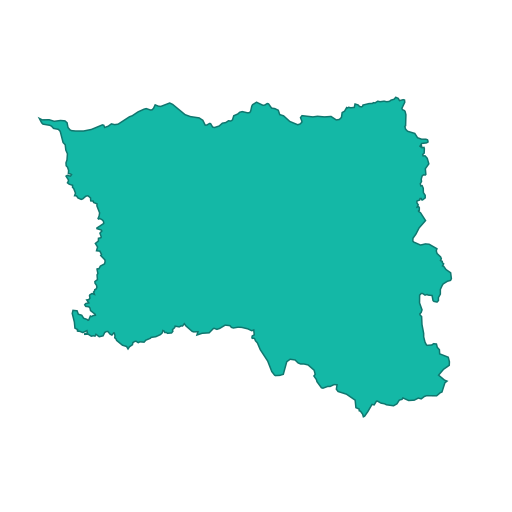 Miarinarivo, Itasy, Madagascar, rotated 348°
{"feature_id": "10022922B79563685419763", "entity_name": "Miarinarivo", "entity_type": "district", "adm_level": 2, "iso_a3": "MDG", "parent_name": "Madagascar", "parent_adm1": "Itasy", "projection": "mercator", "projection_center": [46.919, -18.928], "detail": "fine", "context": "isolated", "style": "filled", "palette": "teal", "viewbox_px": 512, "rotation_deg": 348, "n_neighbors": 0, "source": "geoboundaries", "source_scale": "gbopen_adm2", "svg_char_len": 6023}
<svg xmlns="http://www.w3.org/2000/svg" viewBox="0 0 512 512"><g transform="rotate(348 256 256)"><path d="M387.9,430.1L391.5,428.4L393.8,428.1L403.6,430.3L407.9,428.0L409.6,427.7L414.4,419.3L416.8,418.1L414.5,416.5L409.8,410.5L415.9,405.8L422.3,403.1L423.2,399.7L423.0,395.0L415.3,389.9L415.9,385.8L414.3,383.0L414.2,379.6L411.5,378.7L409.4,379.6L405.0,379.0L404.3,378.6L403.4,375.4L403.2,370.0L403.9,366.6L404.1,357.5L405.4,349.7L404.1,347.5L404.3,346.6L405.8,345.6L407.2,343.2L406.2,335.9L407.9,328.3L409.8,327.0L411.3,327.4L413.2,329.4L415.3,329.2L416.2,330.0L420.0,331.2L419.9,336.4L420.6,337.4L423.5,338.7L425.2,337.5L425.8,334.6L428.4,331.6L429.4,327.0L432.0,323.5L433.3,322.2L438.0,320.5L441.2,320.3L442.4,318.8L442.9,312.9L439.0,308.7L437.4,305.0L436.4,304.4L437.9,302.7L436.8,301.2L437.1,300.0L435.5,298.8L436.7,297.2L436.4,295.3L433.6,291.2L433.4,288.4L434.5,286.5L427.8,280.5L424.2,279.4L419.2,279.5L413.1,275.1L412.5,274.0L413.2,271.3L417.0,267.8L421.4,262.4L429.2,256.6L425.9,247.9L424.3,246.1L424.4,245.5L425.2,245.3L425.8,242.7L425.3,241.5L423.8,241.7L425.3,239.5L424.5,237.8L424.6,236.3L425.1,235.6L427.6,235.3L428.4,233.9L429.6,234.1L429.6,235.4L430.5,235.8L433.6,234.3L434.1,231.8L432.9,228.8L433.7,224.5L433.1,221.7L431.8,221.7L431.7,219.5L433.4,217.5L433.6,215.2L435.1,212.3L436.8,211.4L438.3,212.0L439.1,211.5L439.8,205.8L444.2,201.8L443.8,196.0L442.2,193.2L440.2,192.8L440.2,191.3L441.9,190.3L443.0,186.0L442.9,184.7L440.9,184.6L440.8,182.8L439.9,183.5L439.2,182.7L441.4,180.4L446.3,180.8L447.9,180.3L448.1,179.4L447.9,178.0L446.5,177.1L442.3,176.2L438.6,173.9L436.8,169.1L430.2,165.5L428.7,163.1L428.5,160.2L429.4,159.7L432.0,149.0L431.9,145.8L431.5,144.7L429.7,143.3L429.4,141.9L433.5,136.5L433.7,134.3L432.5,133.7L428.7,133.9L427.9,131.4L425.7,129.8L423.6,131.4L420.5,131.6L418.6,132.5L415.9,132.3L413.5,131.2L409.4,130.9L407.3,129.9L404.3,131.0L402.6,130.4L401.8,131.0L398.2,130.4L392.0,130.6L391.4,131.7L390.2,132.1L388.4,131.3L387.3,129.5L384.5,127.9L383.0,131.1L379.4,130.7L377.6,129.8L375.9,130.2L375.5,129.7L372.7,132.8L370.1,133.6L368.4,138.2L365.9,139.8L362.8,139.6L358.4,135.1L351.9,134.2L345.2,132.1L340.6,131.8L330.2,128.3L328.3,129.9L328.9,133.6L328.6,134.7L326.7,136.0L324.1,136.3L317.0,131.4L312.1,124.6L308.6,122.6L308.1,118.1L305.0,115.7L302.0,114.6L299.9,109.8L298.7,109.2L295.9,110.2L294.2,110.1L288.5,105.7L284.1,107.3L283.0,108.6L281.0,113.0L279.7,114.4L277.7,114.3L272.6,111.9L270.0,112.0L267.7,113.3L263.4,114.2L261.4,117.8L260.5,118.4L259.2,118.7L257.2,118.0L254.2,119.2L250.7,119.1L247.0,121.2L242.1,121.7L240.4,120.9L239.1,117.1L238.2,116.7L235.1,117.7L233.5,117.4L232.2,112.2L229.1,109.1L220.8,106.0L216.0,103.0L206.0,90.4L203.4,88.4L194.0,89.9L191.7,89.2L188.8,87.2L186.6,90.1L184.8,91.4L183.2,91.3L179.3,89.0L177.0,89.1L170.6,90.5L164.1,93.1L161.2,93.5L148.5,98.4L145.0,98.1L142.0,96.7L138.5,98.3L134.7,98.8L134.3,96.5L133.0,95.8L121.3,98.0L113.3,97.9L105.7,96.3L101.6,95.0L100.3,94.0L98.8,91.2L98.9,86.4L97.2,84.1L93.0,82.8L86.6,82.3L82.0,79.7L75.2,78.4L72.7,76.4L74.0,81.1L75.0,82.7L81.5,85.3L83.0,86.5L84.5,89.1L89.0,91.0L90.4,93.3L90.9,104.9L92.5,107.5L92.0,112.8L92.8,116.8L91.1,122.7L89.5,125.4L89.1,128.3L90.1,129.9L90.5,133.3L89.6,136.4L91.7,137.2L92.5,138.1L91.1,139.3L88.1,137.9L86.8,138.4L88.3,142.4L88.1,143.7L86.8,145.2L88.2,146.9L91.3,148.7L90.8,150.7L91.7,152.0L92.5,157.0L91.1,159.3L92.9,159.8L93.9,162.2L96.8,164.3L98.4,164.1L102.0,162.1L104.1,162.1L106.2,164.7L105.8,167.7L108.2,168.5L108.3,169.9L111.4,172.0L110.8,173.9L112.0,181.3L110.9,184.2L109.3,186.5L109.8,187.2L111.1,186.9L113.1,188.7L113.8,189.7L114.0,191.4L113.8,192.5L106.2,195.5L106.1,196.2L109.9,198.3L110.4,199.5L108.1,201.2L108.6,205.2L108.0,205.9L105.6,205.9L104.9,208.6L101.5,210.3L102.9,214.3L101.1,217.7L104.3,218.8L105.2,222.4L104.2,223.2L107.4,228.4L107.2,230.2L106.2,232.2L101.7,233.5L99.6,235.9L98.0,235.5L97.7,236.1L97.7,240.2L96.6,241.4L96.0,246.1L93.1,247.5L92.9,249.2L93.9,251.4L93.9,253.5L92.8,255.0L91.3,255.4L90.6,256.9L89.7,257.4L90.0,260.0L87.9,258.6L85.5,259.4L84.9,260.1L84.8,262.7L83.3,263.9L81.3,263.8L82.7,267.1L79.6,267.1L78.3,268.1L79.0,269.9L81.9,270.9L82.8,272.4L82.8,275.0L86.6,279.6L86.6,280.6L84.3,280.4L82.8,281.1L81.5,280.3L79.0,283.9L78.3,284.0L77.5,282.9L74.5,281.1L73.2,277.7L70.1,276.0L69.6,272.4L65.7,271.1L64.3,274.0L64.6,282.8L63.9,288.9L66.2,290.9L65.7,292.1L66.2,292.6L67.9,293.0L70.7,294.9L75.1,293.8L75.1,296.3L72.3,296.5L72.2,297.0L75.6,297.6L78.2,300.2L80.3,300.2L81.9,300.9L83.2,299.3L85.9,302.4L89.8,302.3L92.1,299.4L93.6,298.8L95.4,299.0L97.0,302.1L98.6,303.4L100.9,301.6L101.4,301.8L101.5,304.8L100.8,306.6L101.9,308.2L102.1,309.6L106.8,315.5L110.6,317.6L111.5,320.3L113.3,318.5L116.7,317.1L117.6,315.1L119.6,314.4L120.9,314.4L122.8,316.3L124.5,315.8L128.6,317.0L130.8,315.4L135.6,314.5L136.5,313.8L141.3,314.1L146.2,313.0L148.4,311.6L149.4,309.5L150.5,310.3L150.9,311.9L152.5,312.2L153.3,313.2L157.4,313.7L159.0,312.4L159.0,310.7L161.6,309.1L162.3,307.8L166.2,309.4L168.1,308.8L169.6,309.2L171.8,307.3L172.9,309.8L177.9,316.5L179.3,317.3L183.5,318.0L181.8,321.0L187.3,320.4L194.2,321.4L199.2,318.1L200.0,318.0L202.5,319.6L205.4,319.3L211.5,317.2L216.0,318.7L217.1,320.7L218.9,321.7L223.7,321.9L227.3,322.9L232.9,325.6L236.3,328.2L238.4,327.9L237.9,332.7L235.6,333.5L235.0,335.2L235.3,335.8L236.9,336.0L237.6,337.0L237.8,338.7L239.3,341.3L240.7,348.5L245.6,361.2L247.4,372.3L249.4,376.4L250.1,377.0L254.4,377.7L258.1,377.4L264.1,365.8L267.9,364.1L272.6,365.8L274.9,369.3L277.2,370.9L280.5,371.6L284.3,373.4L289.1,379.8L289.3,384.1L287.7,385.4L289.4,389.5L289.5,391.6L292.6,398.5L294.0,399.2L299.0,398.5L301.4,399.0L305.6,398.0L308.5,398.8L306.9,403.0L308.1,405.6L315.8,410.0L323.0,417.6L322.2,425.1L325.0,427.1L324.8,428.9L325.9,429.5L327.4,432.9L327.6,435.6L328.9,435.3L333.1,431.4L338.6,425.3L340.6,426.2L343.6,423.1L344.6,423.2L347.7,425.9L351.0,427.3L352.6,428.6L359.4,431.1L363.1,429.9L366.3,426.7L369.0,426.6L370.2,425.4L375.3,429.1L380.8,429.9L385.3,428.7L387.9,430.1Z" fill="#14b8a6" stroke="#0f766e" stroke-width="1.5"/></g></svg>